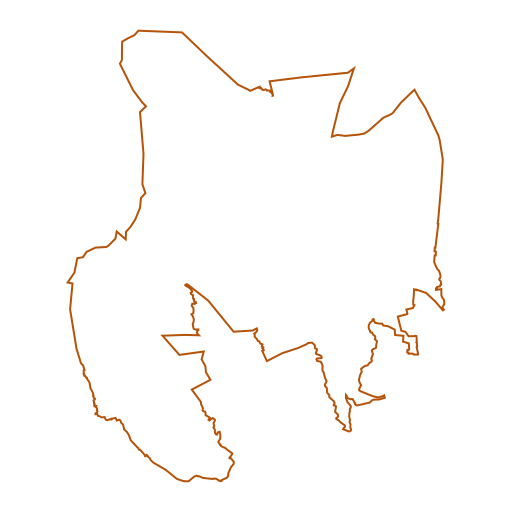 Cuernavaca, Morelos, Mexico (orthographic projection)
{"feature_id": "50627088B36479670191583", "entity_name": "Cuernavaca", "entity_type": "district", "adm_level": 2, "iso_a3": "MEX", "parent_name": "Mexico", "parent_adm1": "Morelos", "projection": "orthographic", "projection_center": [-99.236, 18.933], "detail": "fine", "context": "isolated", "style": "outline", "palette": "amber", "viewbox_px": 512, "rotation_deg": 0, "n_neighbors": 0, "source": "geoboundaries", "source_scale": "gbopen_adm2", "svg_char_len": 6041}
<svg xmlns="http://www.w3.org/2000/svg" viewBox="0 0 512 512"><path d="M67.7,282.5L72.5,283.5L70.1,309.4L76.5,348.7L81.0,363.3L83.1,365.5L83.9,367.9L84.5,370.0L83.7,370.2L83.7,372.2L84.0,373.3L83.6,373.7L83.7,374.6L84.3,375.8L84.9,375.5L86.4,378.0L86.9,377.9L87.3,379.2L89.2,382.0L89.7,383.4L90.5,388.4L92.5,392.0L93.1,393.7L93.6,395.9L93.1,396.1L93.9,398.0L95.0,398.6L94.8,399.5L93.5,400.4L94.5,403.7L94.1,403.6L94.4,406.3L96.3,406.0L96.1,407.4L96.9,408.2L97.2,409.3L96.8,410.2L97.5,411.3L96.9,412.5L95.5,413.4L95.5,414.2L97.2,413.9L97.9,415.8L100.7,416.7L101.6,417.4L104.6,417.1L105.8,419.7L107.3,420.2L111.3,418.8L111.4,419.4L113.2,418.4L115.5,417.9L116.9,420.6L119.0,419.7L120.4,420.4L121.2,422.8L123.0,424.5L124.2,429.4L127.0,432.1L128.8,434.9L130.7,440.2L137.5,447.5L137.9,447.6L139.2,449.8L139.9,449.7L141.3,451.0L143.8,453.9L145.0,455.6L145.3,457.0L145.6,455.6L146.6,454.9L147.4,455.6L147.2,455.9L149.6,458.1L150.6,460.0L153.3,462.6L165.5,469.7L176.9,478.9L183.7,481.2L188.6,481.3L193.9,476.8L196.6,475.6L197.7,476.3L198.6,476.1L202.9,477.9L212.9,479.0L213.6,478.6L215.9,478.7L218.8,480.3L217.9,480.7L219.6,480.6L220.5,481.2L221.7,480.9L221.8,480.0L226.7,477.8L227.7,476.8L228.2,475.4L228.3,473.3L230.9,467.3L233.7,463.8L233.8,461.8L230.6,457.9L229.8,458.3L229.4,458.0L232.3,453.9L232.0,453.1L228.7,450.9L225.1,447.9L222.1,446.7L220.6,445.6L220.0,444.9L220.4,444.6L218.4,442.3L218.5,441.4L220.3,438.6L220.3,434.7L219.6,431.8L217.7,432.5L217.1,434.5L216.2,434.5L215.0,432.9L214.8,429.4L213.4,427.5L214.2,426.3L213.6,423.1L214.9,420.6L214.8,419.5L212.6,418.1L209.4,420.5L208.5,419.8L209.9,417.6L205.6,415.2L205.5,412.6L205.1,411.6L203.7,411.5L202.5,410.3L203.0,408.3L201.1,404.3L200.8,401.8L191.8,389.6L210.4,379.8L205.9,372.1L205.4,366.2L201.6,359.3L203.8,351.5L179.4,354.9L162.5,335.7L185.1,334.9L198.9,335.3L197.4,333.8L196.9,332.6L197.3,331.1L198.3,330.3L198.3,329.4L195.4,329.6L193.8,328.8L193.3,327.4L192.7,324.1L193.6,321.8L193.8,319.3L193.0,316.6L191.5,314.3L193.2,313.3L193.5,311.6L193.5,308.3L191.7,305.8L192.3,303.7L194.6,303.9L196.0,303.2L195.7,301.9L194.2,301.6L193.8,300.4L194.1,299.1L193.1,298.6L193.0,295.2L191.0,294.0L190.7,292.7L192.2,291.8L192.0,290.8L190.1,288.4L188.0,286.9L186.0,286.0L185.2,285.1L186.5,284.2L187.5,284.4L208.1,300.5L233.6,331.7L252.8,330.5L256.7,328.4L257.3,330.0L257.1,330.8L256.1,332.2L254.2,333.6L254.7,334.2L254.7,336.7L257.0,339.2L257.9,341.0L259.4,341.4L260.2,343.5L262.5,344.4L261.9,346.2L263.2,347.4L262.2,348.1L263.6,349.4L263.7,350.3L262.2,350.8L266.9,361.1L282.2,353.2L297.9,348.1L306.8,344.1L307.8,343.1L311.9,342.6L312.6,343.1L314.9,345.3L314.9,348.0L315.2,348.5L316.7,348.8L317.0,350.0L315.8,353.3L316.1,353.9L320.4,355.5L321.4,356.3L321.7,357.3L321.5,358.1L317.0,358.5L316.4,359.4L317.2,361.0L320.7,361.7L322.1,364.2L322.6,366.1L322.4,369.6L322.7,371.1L323.7,372.5L325.0,377.8L326.6,381.5L324.8,384.7L325.0,385.8L326.8,388.0L327.2,392.8L329.3,395.0L329.3,397.1L333.9,401.3L334.6,403.3L333.7,404.9L333.9,405.5L335.4,405.7L336.0,406.5L335.1,411.9L337.8,414.4L338.2,415.9L337.7,417.1L336.3,418.0L336.3,419.0L338.8,420.4L340.7,422.5L344.8,425.3L345.0,426.8L343.6,428.1L343.1,429.2L348.5,431.4L349.9,431.3L350.9,430.6L351.0,429.2L350.3,427.6L350.5,424.5L349.5,422.0L350.0,420.3L349.2,416.4L349.4,413.0L349.9,411.0L349.8,409.0L350.7,407.5L350.8,406.0L347.4,402.0L345.9,397.8L346.0,395.0L346.6,395.7L347.1,397.4L348.2,398.3L350.4,399.2L352.1,399.0L352.8,399.2L354.6,402.8L355.3,403.2L355.1,404.3L356.3,405.2L357.3,405.4L369.7,402.6L371.9,400.4L373.9,399.6L378.9,399.5L385.5,397.7L384.7,397.6L384.1,395.4L382.7,396.2L377.9,397.4L372.8,396.2L360.7,391.3L359.2,390.4L359.1,389.0L361.1,385.2L359.3,381.8L359.0,379.5L360.2,374.8L361.7,372.0L361.2,368.7L364.8,366.0L367.6,365.3L369.3,363.1L371.6,361.5L371.9,360.2L371.4,359.5L371.3,358.3L372.0,357.1L372.2,355.6L373.0,354.5L371.8,350.5L372.8,349.3L375.8,348.0L376.3,346.6L376.1,345.5L377.0,341.2L374.9,339.3L375.3,338.0L375.2,336.3L373.2,334.7L371.9,332.4L370.7,332.4L370.1,331.7L370.1,330.7L369.4,329.9L368.7,328.0L368.8,325.0L370.3,322.4L371.9,321.2L372.6,320.1L372.5,319.6L373.3,319.0L373.8,319.4L373.9,320.9L375.3,322.9L380.1,323.7L382.3,323.7L383.2,325.5L388.2,326.3L394.7,329.6L395.1,335.0L403.4,335.8L403.1,341.6L408.8,343.4L409.2,349.4L408.5,350.0L407.5,349.9L407.2,351.5L407.2,352.3L408.5,352.6L408.5,353.7L412.8,353.6L413.7,354.5L417.9,354.6L418.2,354.2L416.6,346.9L417.2,346.3L416.8,344.2L417.0,342.8L416.4,342.4L416.8,340.3L416.4,336.1L415.2,335.8L414.0,336.2L408.5,336.2L406.3,332.9L405.1,331.7L401.3,330.7L397.8,316.6L407.2,314.1L407.4,313.8L406.4,309.5L413.0,308.0L414.4,305.1L413.4,304.8L413.1,301.0L413.6,297.8L414.1,289.3L416.3,290.1L416.4,289.6L426.1,292.9L435.2,301.4L442.9,310.3L443.9,309.7L442.2,307.8L444.3,303.9L444.1,300.3L443.7,299.3L442.3,297.7L441.4,295.4L441.3,289.1L436.0,289.9L436.0,288.3L437.1,288.2L437.1,286.9L439.9,286.4L440.5,284.6L441.1,284.6L441.1,283.4L440.7,281.2L439.7,280.3L439.2,279.1L440.4,277.3L440.5,276.0L440.0,273.5L438.9,270.7L437.5,269.3L436.1,266.8L434.1,261.7L434.7,255.4L435.7,255.4L435.9,251.6L434.5,251.3L434.8,247.6L435.4,247.7L438.3,223.8L437.6,223.6L438.3,218.9L441.4,182.7L442.8,159.5L439.8,140.8L438.5,135.8L425.2,107.6L419.5,98.7L414.4,89.7L400.9,102.7L392.7,113.1L390.5,114.5L383.4,117.7L368.3,131.0L364.1,133.6L358.7,134.6L345.2,135.9L337.5,134.9L331.9,136.6L332.7,132.3L339.9,103.0L348.0,86.3L353.9,68.4L348.0,72.7L301.1,77.4L269.6,81.3L273.0,95.0L273.0,95.6L272.7,95.7L272.9,94.9L271.8,93.3L271.8,92.1L270.3,92.0L269.9,90.5L266.9,90.5L266.8,90.0L265.6,89.4L263.5,90.0L262.4,89.8L260.8,87.7L260.0,88.3L259.0,87.8L259.2,86.9L250.0,90.9L248.8,89.9L237.9,84.6L206.5,55.8L182.0,32.4L138.4,30.7L134.5,35.1L127.4,38.6L122.5,41.4L122.1,42.2L121.9,60.1L119.9,63.7L133.0,90.1L142.2,102.4L146.0,106.3L140.0,112.1L143.5,153.9L142.4,184.2L145.4,193.1L141.0,197.9L140.0,207.8L135.3,219.4L130.3,227.1L126.0,231.8L125.7,239.4L116.7,231.5L115.4,238.7L108.3,245.8L106.3,247.0L95.5,247.6L86.5,251.9L83.0,257.2L77.3,258.2L74.4,272.6L67.7,282.5Z" fill="none" stroke="#b45309" stroke-width="2"/></svg>